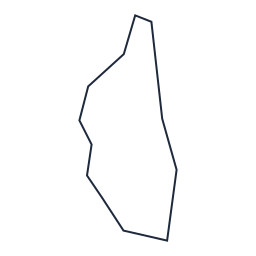 the border of Anse Boileau
{"feature_id": "SYC-5199", "entity_name": "Anse Boileau", "entity_type": "state/province", "adm_level": 1, "iso_a3": "SYC", "parent_name": "Seychelles", "parent_adm1": "", "projection": "robinson", "projection_center": [55.492, -4.708], "detail": "fine", "context": "isolated", "style": "outline", "palette": "slate", "viewbox_px": 256, "rotation_deg": 0, "n_neighbors": 0, "source": "natural_earth", "source_scale": "10m", "svg_char_len": 275}
<svg xmlns="http://www.w3.org/2000/svg" viewBox="0 0 256 256"><path d="M123.5,230.6L102.2,197.9L87.0,175.5L91.6,144.5L79.4,120.4L88.2,86.4L123.8,54.1L135.2,15.4L151.4,21.8L162.2,118.7L176.6,169.8L167.1,240.6L123.5,230.6Z" fill="none" stroke="#1e293b" stroke-width="2"/></svg>